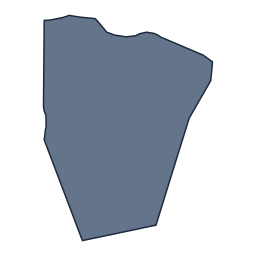 La Croix, Praslin, Saint Lucia
{"feature_id": "8701671B12736855691443", "entity_name": "La Croix", "entity_type": "district", "adm_level": 2, "iso_a3": "LCA", "parent_name": "Saint Lucia", "parent_adm1": "Praslin", "projection": "natural_earth1", "projection_center": [-60.902, 13.874], "detail": "fine", "context": "isolated", "style": "filled", "palette": "slate", "viewbox_px": 256, "rotation_deg": 0, "n_neighbors": 0, "source": "geoboundaries", "source_scale": "gbopen_adm2", "svg_char_len": 491}
<svg xmlns="http://www.w3.org/2000/svg" viewBox="0 0 256 256"><path d="M156.0,225.1L169.5,181.4L189.2,118.1L210.7,80.8L211.9,68.7L212.5,61.9L203.1,55.1L160.7,37.1L157.9,35.1L154.0,33.4L146.5,32.2L139.8,33.7L135.6,35.7L126.4,36.9L114.7,35.1L106.8,32.2L98.3,22.0L95.1,18.6L82.6,17.4L79.7,17.1L69.3,15.4L63.3,17.4L50.4,20.0L44.2,20.4L43.5,106.0L44.0,110.4L46.0,115.9L46.1,126.3L45.1,132.0L44.9,134.7L44.2,139.8L82.4,240.6L156.0,225.1Z" fill="#64748b" stroke="#1e293b" stroke-width="1.5"/></svg>